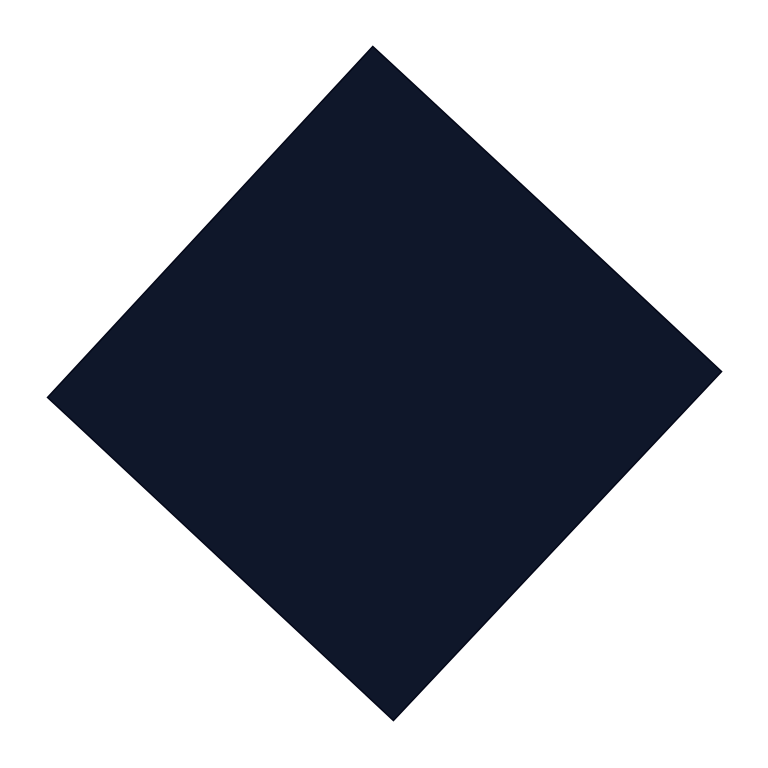 outline of Brown, Kansas, United States of America, rotated 223°
{"feature_id": "52423323B65673642944633", "entity_name": "Brown", "entity_type": "district", "adm_level": 2, "iso_a3": "USA", "parent_name": "United States of America", "parent_adm1": "Kansas", "projection": "albers", "projection_center": [-95.595, 39.827], "detail": "fine", "context": "isolated", "style": "filled", "palette": "ink", "viewbox_px": 768, "rotation_deg": 223, "n_neighbors": 0, "source": "geoboundaries", "source_scale": "gbopen_adm2", "svg_char_len": 279}
<svg xmlns="http://www.w3.org/2000/svg" viewBox="0 0 768 768"><g transform="rotate(223 384 384)"><path d="M145.6,623.3L384.2,623.7L562.5,623.4L622.4,623.2L620.9,144.7L583.5,144.8L151.2,144.3L147.6,144.3L145.6,623.3Z" fill="#0f172a" stroke="#020617" stroke-width="1.5"/></g></svg>